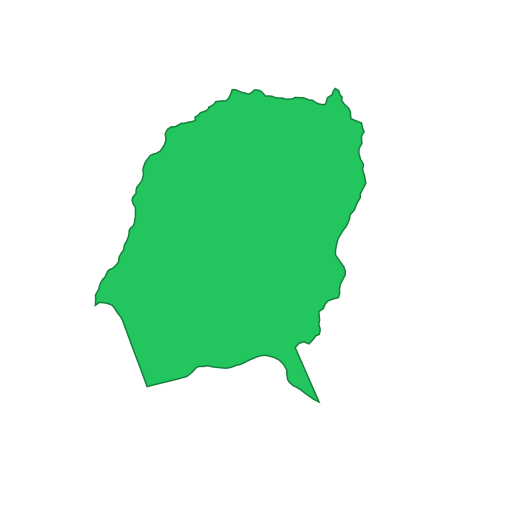 the district of Rio da Conceição, Tocantins, Brazil, rotated 143°
{"feature_id": "56859067B79887168793854", "entity_name": "Rio da Conceição", "entity_type": "district", "adm_level": 2, "iso_a3": "BRA", "parent_name": "Brazil", "parent_adm1": "Tocantins", "projection": "albers", "projection_center": [-46.742, -11.308], "detail": "fine", "context": "isolated", "style": "filled", "palette": "green", "viewbox_px": 512, "rotation_deg": 143, "n_neighbors": 0, "source": "geoboundaries", "source_scale": "gbopen_adm2", "svg_char_len": 3056}
<svg xmlns="http://www.w3.org/2000/svg" viewBox="0 0 512 512"><g transform="rotate(143 256 256)"><path d="M94.0,293.8L91.7,298.8L93.1,301.1L95.3,304.6L97.6,308.7L96.1,310.9L93.8,314.4L93.1,318.4L94.1,324.1L94.0,328.9L91.6,330.9L91.9,334.1L90.4,338.4L91.9,342.1L95.1,341.2L98.0,339.0L101.0,339.2L103.8,339.3L106.6,337.1L109.5,335.3L112.0,337.1L114.9,340.3L116.3,343.6L117.3,346.6L119.5,348.3L120.9,350.6L122.4,353.1L124.6,355.2L126.7,356.9L129.5,359.2L132.7,359.6L135.9,362.0L138.3,363.8L139.9,366.3L142.1,367.9L144.7,370.1L147.1,373.9L149.9,376.4L152.1,377.8L152.4,380.4L152.6,383.4L154.0,386.8L157.2,389.5L161.8,389.2L164.9,389.9L166.4,392.5L168.2,394.3L170.0,397.1L172.3,401.1L174.9,403.2L178.0,400.9L181.5,399.1L184.4,398.0L187.1,398.2L189.5,400.1L192.6,402.0L195.3,403.5L198.1,402.6L201.2,402.6L203.8,403.3L206.5,401.9L210.4,402.6L214.0,403.9L217.8,403.2L221.2,403.6L222.7,400.9L225.7,401.6L229.8,403.7L233.7,405.3L235.9,406.9L239.8,407.4L242.9,407.9L246.0,410.1L249.8,410.5L252.6,409.5L255.4,407.6L256.9,404.5L258.8,402.3L261.3,400.5L264.4,399.1L269.2,397.4L273.9,398.0L276.6,399.1L279.9,399.9L284.1,398.7L287.4,397.8L289.7,396.4L292.5,394.7L295.1,392.1L296.3,389.3L299.1,386.9L301.8,384.9L305.3,383.7L309.7,382.7L312.1,380.8L314.2,378.1L318.9,377.2L321.4,375.1L322.8,371.3L322.8,368.3L324.0,366.0L326.5,362.8L328.9,359.6L331.0,357.9L333.5,355.3L336.1,353.9L338.8,353.9L341.7,352.9L344.1,350.1L347.0,347.7L350.5,345.7L353.9,344.4L356.2,342.3L358.5,340.3L362.0,339.3L366.1,337.5L369.0,334.2L371.5,333.3L374.9,332.7L378.3,332.4L381.0,333.3L383.5,333.2L385.9,331.8L389.6,329.9L392.5,329.6L395.8,328.3L399.1,326.2L402.0,323.9L405.2,322.6L408.1,321.1L409.4,318.6L411.6,316.1L414.0,313.3L409.1,313.2L405.4,310.1L402.7,306.8L400.4,303.1L400.4,298.9L400.7,295.3L400.8,292.2L400.7,289.1L401.3,285.1L402.8,280.1L404.0,276.2L404.9,272.8L406.1,269.2L407.3,264.9L408.5,261.2L415.8,236.2L417.2,231.6L419.0,225.6L420.0,222.4L421.6,217.2L416.8,215.3L413.2,213.7L406.1,210.7L399.2,207.7L391.6,204.5L383.6,201.4L380.3,201.6L377.1,201.6L373.9,202.2L370.2,202.9L367.8,201.9L364.7,199.6L360.6,197.4L357.7,193.9L352.9,189.3L347.5,184.4L344.9,183.0L341.4,181.6L337.1,180.4L334.2,178.9L329.1,177.8L326.3,177.5L320.9,176.1L316.6,175.1L312.0,173.5L307.4,170.3L302.8,164.4L300.2,159.3L299.2,153.5L300.0,146.5L302.9,142.3L305.1,138.2L305.3,134.9L304.3,130.0L302.7,127.0L301.0,122.9L299.4,116.7L296.3,107.2L293.5,101.5L279.8,159.3L274.2,160.3L269.5,158.8L266.6,154.0L262.6,154.6L259.1,155.3L256.4,156.3L252.6,155.3L249.1,158.4L246.7,164.0L243.8,166.5L239.3,173.8L233.8,173.5L229.8,176.0L225.4,176.8L220.5,175.3L215.2,173.2L211.9,175.6L209.2,179.4L205.8,182.6L196.5,187.0L194.0,189.8L192.4,194.3L191.9,209.0L189.4,212.3L187.1,214.6L182.1,218.9L179.9,220.5L171.1,224.1L165.8,225.4L159.4,229.0L156.2,232.2L152.8,232.9L149.6,233.6L144.4,236.9L140.8,238.5L137.6,239.8L135.5,242.7L124.5,248.0L121.1,254.7L119.0,260.7L115.0,264.6L114.3,270.5L111.8,276.5L108.9,279.9L103.5,282.3L101.8,285.3L99.5,288.3L94.8,290.3L94.0,293.8Z" fill="#22c55e" stroke="#15803d" stroke-width="1.5"/></g></svg>